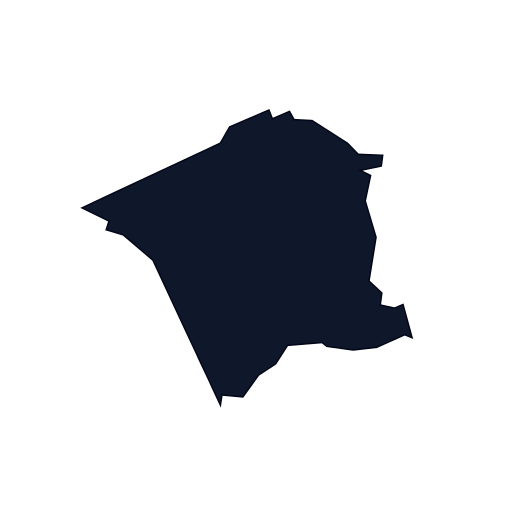 the district of Newton, Georgia, United States of America, rotated 298°
{"feature_id": "52423323B35386078510712", "entity_name": "Newton", "entity_type": "district", "adm_level": 2, "iso_a3": "USA", "parent_name": "United States of America", "parent_adm1": "Georgia", "projection": "orthographic", "projection_center": [-83.861, 33.556], "detail": "fine", "context": "isolated", "style": "filled", "palette": "ink", "viewbox_px": 512, "rotation_deg": 298, "n_neighbors": 0, "source": "geoboundaries", "source_scale": "gbopen_adm2", "svg_char_len": 744}
<svg xmlns="http://www.w3.org/2000/svg" viewBox="0 0 512 512"><g transform="rotate(298 256 256)"><path d="M216.8,79.8L217.8,109.8L208.8,111.4L212.3,128.8L203.9,166.9L203.6,167.3L188.0,188.0L169.8,212.1L159.0,226.4L142.0,249.1L138.7,253.3L125.0,271.7L115.3,284.4L107.6,294.6L117.3,291.2L125.4,310.6L152.1,314.2L170.0,324.0L191.9,325.8L210.6,355.0L209.5,361.0L218.6,385.9L232.1,405.5L256.3,424.3L257.1,432.2L282.2,408.6L275.0,402.7L271.1,388.7L282.4,384.5L287.0,367.5L328.9,353.2L355.9,326.6L380.9,319.4L380.5,307.9L394.3,324.4L404.4,320.6L393.8,298.5L398.5,284.0L401.9,241.9L394.3,225.6L399.4,217.7L384.9,206.0L391.0,198.9L357.6,172.1L338.9,171.5L313.6,152.5L237.6,95.3L216.8,79.8Z" fill="#0f172a" stroke="#020617" stroke-width="1.5"/></g></svg>